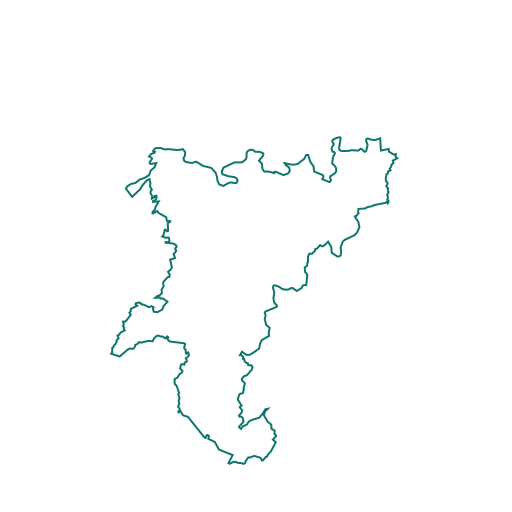 outline of Chila de la Sal, Puebla, Mexico, rotated 44°
{"feature_id": "50627088B42910044871865", "entity_name": "Chila de la Sal", "entity_type": "district", "adm_level": 2, "iso_a3": "MEX", "parent_name": "Mexico", "parent_adm1": "Puebla", "projection": "robinson", "projection_center": [-98.469, 18.149], "detail": "fine", "context": "isolated", "style": "outline", "palette": "teal", "viewbox_px": 512, "rotation_deg": 44, "n_neighbors": 0, "source": "geoboundaries", "source_scale": "gbopen_adm2", "svg_char_len": 6147}
<svg xmlns="http://www.w3.org/2000/svg" viewBox="0 0 512 512"><g transform="rotate(44 256 256)"><path d="M395.7,376.3L395.6,371.7L394.9,371.1L393.0,371.3L390.7,368.6L387.1,369.5L384.0,366.7L379.8,367.1L372.3,365.1L370.4,361.3L370.6,357.7L369.2,359.7L370.2,364.0L370.7,370.0L366.8,376.9L365.8,380.2L366.5,383.8L364.8,387.9L365.4,390.8L363.0,391.0L362.3,390.2L362.2,384.0L359.3,381.8L357.1,381.7L355.6,383.1L354.6,382.6L354.4,378.6L353.3,376.7L349.2,376.0L349.6,373.7L342.6,371.9L340.5,368.0L340.2,366.5L341.8,363.8L339.9,360.2L339.1,360.0L336.4,355.2L332.2,355.2L331.1,354.1L330.9,350.8L332.3,348.0L331.9,340.7L330.7,338.4L328.8,337.8L326.2,339.9L324.6,338.8L323.7,339.5L321.3,339.7L318.8,338.4L318.1,339.0L316.6,337.5L314.5,337.4L313.4,338.5L312.4,334.6L317.6,333.9L320.1,331.5L321.3,327.1L322.5,320.4L319.8,316.2L318.6,312.5L320.9,304.3L318.8,302.8L315.7,298.2L311.3,298.5L306.1,295.3L304.3,292.2L301.5,290.5L301.4,289.4L306.3,278.0L305.1,277.0L301.2,276.8L297.7,274.1L294.7,269.7L290.1,266.9L289.3,265.5L289.4,264.6L290.4,263.7L294.0,262.1L297.9,261.5L301.5,259.0L303.1,256.5L303.2,255.1L304.8,253.5L309.6,252.9L311.0,247.6L310.2,244.4L312.3,242.0L306.7,234.7L305.1,233.5L302.2,233.3L299.1,230.4L299.5,227.5L297.8,225.5L297.8,224.5L293.7,220.1L292.7,217.3L294.6,215.6L294.9,211.7L293.9,209.8L294.7,208.5L294.6,203.6L297.1,203.0L297.8,200.9L297.9,195.6L303.8,197.2L308.3,201.1L314.9,199.8L315.9,198.9L316.5,196.9L314.7,194.1L311.0,191.2L308.5,185.5L308.6,182.8L312.4,172.6L312.4,169.1L310.3,163.3L306.1,160.5L299.8,159.0L299.6,158.5L300.3,157.5L300.1,154.0L299.1,153.7L297.0,151.0L301.5,146.0L302.2,143.4L305.0,139.4L305.5,137.5L312.1,128.0L312.4,125.9L314.2,126.6L314.0,125.3L313.1,124.4L311.0,124.0L310.7,122.6L307.9,120.8L307.0,117.9L305.5,117.5L303.9,115.6L301.2,115.3L300.4,112.4L299.2,111.7L297.4,111.9L294.9,109.4L293.2,106.5L293.4,104.9L292.3,103.6L293.2,100.9L291.6,100.5L291.1,97.6L290.0,96.5L290.3,93.7L288.2,92.3L289.7,87.6L287.5,87.7L285.8,85.6L284.7,87.3L279.2,88.6L277.1,86.8L272.6,93.4L263.6,85.1L261.1,89.9L257.8,92.5L255.0,93.6L254.1,95.0L255.2,96.7L259.1,98.5L262.3,103.9L261.8,105.7L258.0,105.6L256.7,106.3L256.4,109.1L250.9,113.8L250.0,115.6L245.2,120.6L243.0,121.7L241.2,121.2L235.0,112.4L233.7,112.3L231.8,115.3L230.5,119.5L231.7,120.9L234.3,121.5L235.1,125.1L236.1,126.6L238.5,127.8L240.0,126.9L241.3,127.1L242.8,131.5L246.4,136.4L251.4,136.7L253.3,137.6L255.0,139.7L255.2,142.2L254.1,147.0L254.5,147.9L257.2,149.4L257.7,150.2L257.4,151.9L250.3,154.6L249.2,151.9L247.9,151.4L239.1,154.8L235.0,151.5L229.8,150.6L223.3,147.1L221.9,148.5L223.2,152.3L222.1,160.9L219.9,163.9L216.9,166.4L212.1,169.3L214.3,169.9L218.4,169.3L221.1,171.2L221.8,174.3L219.6,178.7L211.6,181.7L210.8,183.1L211.5,183.7L206.6,186.4L203.3,189.5L200.2,188.9L195.9,185.4L191.9,185.4L191.4,179.1L190.6,177.5L189.7,177.2L186.3,178.5L183.1,181.5L180.0,181.9L177.9,183.8L177.1,186.7L177.7,188.4L180.8,191.8L181.4,193.4L181.3,196.6L180.7,198.6L175.5,203.6L171.3,214.8L172.1,217.9L173.8,220.1L175.0,220.5L180.8,217.8L185.6,214.3L187.8,213.6L190.5,214.6L191.2,216.9L190.3,218.2L187.0,220.3L185.6,222.4L183.8,228.3L179.8,230.0L176.1,228.7L172.7,226.0L169.2,224.2L162.7,223.7L155.4,227.9L147.4,229.7L145.5,233.3L144.4,234.3L140.1,237.1L138.0,237.3L135.8,236.0L135.4,233.6L133.0,230.5L129.3,229.9L126.0,234.3L118.3,240.3L116.6,242.6L112.3,244.6L108.7,248.4L108.9,251.9L110.0,252.3L111.0,251.4L111.3,252.2L109.7,255.5L109.8,258.6L112.8,257.9L113.7,258.3L114.4,262.3L115.3,263.2L116.4,262.8L119.7,258.5L121.4,262.9L120.9,267.6L122.9,272.2L121.5,277.5L119.2,281.8L118.5,287.4L116.1,290.9L115.0,295.0L115.6,297.9L125.8,299.5L126.3,288.7L125.2,283.5L125.0,278.8L125.1,276.6L126.1,274.7L129.7,277.2L131.3,279.5L135.0,280.6L135.0,282.1L136.6,284.2L140.7,285.4L140.6,286.5L141.2,287.1L142.3,283.9L141.4,283.1L142.5,281.8L142.9,282.0L144.6,284.1L144.6,286.8L143.7,287.8L144.3,288.6L148.1,284.3L149.7,290.7L151.0,292.6L151.0,296.1L151.7,297.1L152.4,296.9L153.7,292.3L156.1,292.7L164.5,290.5L167.5,292.6L170.1,290.6L170.4,291.1L169.7,293.7L175.3,298.9L174.7,300.2L172.4,299.9L172.1,300.5L174.9,305.1L175.0,307.1L178.6,305.5L179.9,303.6L180.7,303.4L183.5,305.5L182.9,307.5L181.3,308.7L181.7,309.2L187.9,304.5L190.4,303.8L191.9,304.1L192.6,304.7L192.6,306.8L195.2,307.9L195.4,311.9L199.2,313.7L196.8,318.3L203.4,322.6L204.1,324.6L203.8,328.5L206.9,329.3L208.2,331.3L207.4,332.0L207.2,333.4L207.3,338.6L208.1,340.1L210.6,342.0L211.6,345.9L214.2,348.2L213.9,351.6L212.9,353.1L212.5,356.0L215.8,352.7L216.9,352.9L218.5,351.2L224.1,350.4L224.3,356.2L225.8,359.6L224.1,364.9L221.2,367.1L218.2,365.4L218.1,364.1L216.5,364.4L215.6,364.8L214.5,367.2L208.7,369.2L207.6,370.3L205.6,369.9L205.1,370.8L203.8,371.0L202.4,373.5L203.1,374.6L205.1,374.3L202.7,380.8L204.3,383.0L204.3,384.7L206.7,385.2L207.6,392.6L207.3,394.5L206.0,395.5L208.5,397.2L209.1,398.9L210.9,399.0L211.7,400.4L213.2,400.7L211.8,405.2L212.2,407.7L211.6,409.4L214.3,410.7L214.2,413.4L214.9,413.9L216.1,416.9L216.0,419.3L216.8,421.0L216.4,421.9L219.6,425.4L219.7,426.9L227.8,423.0L228.7,412.5L229.6,410.0L232.0,408.3L232.2,407.4L231.8,404.8L230.9,403.9L231.8,401.6L231.7,399.2L233.5,398.2L237.5,391.9L240.9,389.2L239.8,385.9L240.1,382.6L241.0,381.1L243.4,380.1L244.7,378.8L247.9,378.3L247.9,375.6L249.3,375.4L249.8,377.0L251.7,377.6L253.5,377.3L264.9,368.7L266.3,368.6L268.0,372.0L270.7,372.5L273.1,374.7L273.8,374.7L274.2,372.5L276.4,373.5L277.0,375.8L276.6,378.4L279.1,379.4L279.6,380.2L278.7,382.2L279.9,383.9L277.7,385.3L277.5,386.1L279.5,389.7L282.8,389.6L283.6,390.9L283.1,394.2L283.9,397.9L283.0,401.1L286.2,404.4L289.3,404.6L295.9,408.0L296.0,409.4L299.7,411.3L300.9,413.9L303.2,415.3L304.7,418.6L307.1,418.9L308.3,419.8L308.0,421.6L308.9,422.3L309.9,420.2L314.1,421.3L318.8,419.0L344.7,422.3L346.2,421.9L345.0,419.3L345.6,418.3L347.3,418.3L348.8,420.6L355.6,418.4L363.8,421.0L377.5,415.4L380.1,424.1L381.4,423.7L382.7,420.1L384.3,418.2L386.7,417.4L389.8,414.8L391.3,414.4L392.0,412.6L390.9,410.4L390.4,406.1L391.6,405.3L393.6,401.0L398.9,398.3L400.7,398.3L402.1,399.1L403.0,398.2L402.6,393.9L403.3,392.6L402.5,390.6L402.5,386.5L399.6,376.2L395.7,376.3Z" fill="none" stroke="#0f766e" stroke-width="2"/></g></svg>